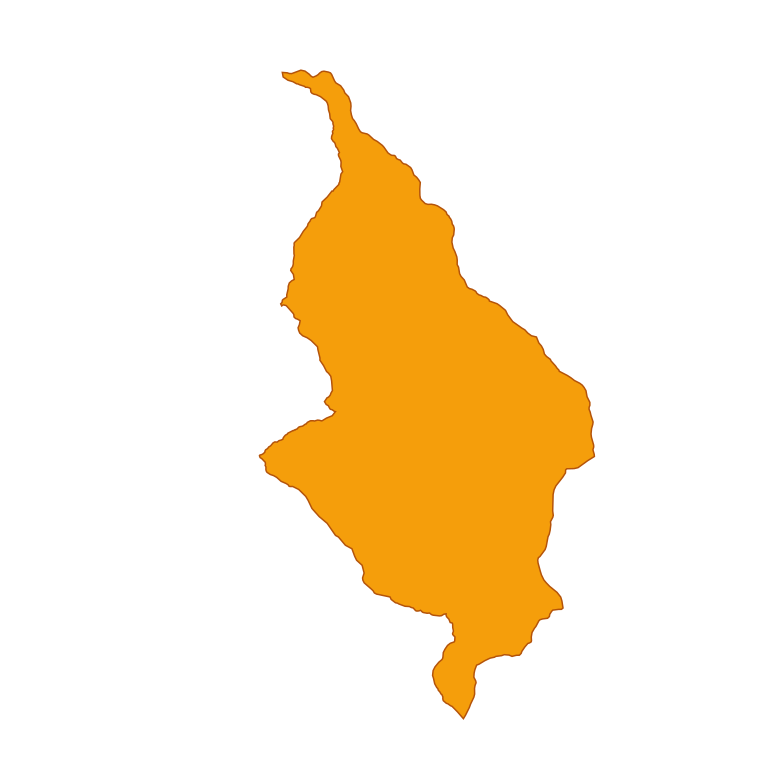 outline of San Andres, Santander, Colombia, rotated 314°
{"feature_id": "7082276B75559195453078", "entity_name": "San Andres", "entity_type": "district", "adm_level": 2, "iso_a3": "COL", "parent_name": "Colombia", "parent_adm1": "Santander", "projection": "albers", "projection_center": [-72.825, 6.82], "detail": "fine", "context": "isolated", "style": "filled", "palette": "amber", "viewbox_px": 768, "rotation_deg": 314, "n_neighbors": 0, "source": "geoboundaries", "source_scale": "gbopen_adm2", "svg_char_len": 6168}
<svg xmlns="http://www.w3.org/2000/svg" viewBox="0 0 768 768"><g transform="rotate(314 384 384)"><path d="M198.4,673.6L202.4,672.7L210.6,670.1L213.7,668.7L221.1,666.2L223.9,664.6L228.0,660.5L230.4,658.9L233.0,657.8L234.1,656.3L235.5,652.3L238.6,649.7L241.5,647.9L246.1,645.9L248.5,647.0L255.0,648.7L260.6,650.8L264.1,653.2L265.8,653.7L270.3,657.3L272.8,658.5L275.9,662.3L277.0,665.3L280.7,667.6L283.0,669.8L285.5,669.8L287.4,668.9L292.5,668.0L297.2,667.7L299.0,668.6L300.8,669.0L301.8,668.4L304.3,665.7L308.1,663.1L312.8,661.9L315.1,661.7L321.3,659.9L322.9,660.0L325.2,661.3L329.1,664.4L331.6,664.5L333.5,663.2L336.9,662.5L338.6,662.5L343.1,666.1L345.2,668.2L347.2,668.4L351.5,662.7L353.5,659.1L354.3,653.2L353.5,643.7L353.7,638.7L354.1,635.1L356.0,629.9L358.0,626.3L362.3,619.1L364.2,616.8L366.3,615.7L368.3,616.0L376.8,614.9L379.9,613.5L388.0,608.1L390.7,607.2L394.2,605.1L398.7,601.7L400.6,599.4L405.4,598.0L407.1,597.0L409.9,593.5L422.0,582.4L426.1,579.8L430.2,578.4L441.1,577.3L446.1,576.3L448.4,574.3L449.9,574.3L455.2,579.5L458.6,581.7L470.4,583.8L478.0,585.7L479.4,584.1L481.8,580.0L484.4,578.6L485.7,577.2L489.8,570.2L491.9,567.6L496.1,564.3L500.0,562.2L501.9,560.8L505.4,554.3L507.0,551.9L508.3,549.0L509.8,547.7L511.7,546.9L513.8,544.8L515.9,538.9L519.5,533.9L520.5,530.3L520.9,527.4L520.5,524.2L518.8,518.6L518.3,514.0L517.5,510.0L514.9,501.3L515.5,500.1L515.6,497.4L516.1,495.1L516.6,488.2L517.3,486.5L516.7,481.8L517.0,478.6L519.5,474.5L520.7,470.9L521.1,466.8L523.7,461.0L521.1,456.5L520.5,451.9L520.8,447.7L520.0,444.4L518.3,433.3L519.7,424.9L521.4,420.2L520.8,412.6L520.3,409.6L516.9,402.2L517.6,400.9L517.5,398.9L517.1,396.9L515.8,395.0L515.0,392.1L514.1,390.5L513.7,387.8L514.2,386.4L514.3,385.0L513.3,381.5L512.0,379.2L511.6,376.5L514.6,369.5L514.9,364.7L515.9,361.7L519.8,356.5L520.7,353.7L524.0,350.6L526.0,348.1L528.4,343.2L529.9,339.2L533.2,334.3L536.7,331.5L539.6,330.6L543.9,327.2L544.9,326.1L546.0,324.2L546.4,322.1L548.2,319.6L549.1,317.1L549.3,315.3L549.9,314.1L549.7,311.6L550.9,309.1L550.8,306.0L549.3,298.8L548.1,296.1L546.3,293.3L543.7,290.8L542.4,288.3L542.4,283.4L542.8,281.2L544.6,278.8L549.1,274.3L554.2,270.1L555.0,266.9L555.4,263.8L555.1,260.3L557.5,255.4L558.2,252.8L557.4,247.3L556.0,245.1L555.8,243.4L556.3,240.2L555.3,238.0L554.9,236.4L555.8,233.9L555.6,232.7L553.8,230.6L553.3,228.5L553.0,226.2L554.3,219.6L554.5,217.1L553.8,210.6L552.7,206.6L552.6,200.4L552.2,198.3L549.5,193.7L549.1,191.8L549.8,188.8L552.0,183.0L552.8,179.7L553.1,177.0L554.9,173.7L557.5,170.0L560.9,167.3L563.1,164.8L566.0,158.9L566.2,153.6L567.5,150.8L568.4,145.6L567.2,140.4L567.6,138.1L570.3,131.3L570.6,129.4L569.8,127.4L567.3,123.5L565.5,122.2L562.9,121.7L560.8,121.7L558.6,121.2L555.3,119.8L554.8,117.7L554.9,114.9L554.2,109.8L552.0,106.2L543.2,102.0L541.5,100.1L540.7,98.3L537.5,94.4L534.8,98.2L535.8,103.9L538.2,108.5L539.2,112.5L540.1,113.8L540.6,115.4L542.9,120.1L542.9,121.4L544.1,122.6L545.2,124.6L545.4,125.9L543.3,128.5L543.1,130.3L543.9,132.5L545.0,134.1L546.6,138.7L547.3,145.9L546.8,147.9L545.3,150.6L542.6,153.7L540.8,157.0L537.5,161.0L537.2,164.3L536.7,165.7L535.7,166.5L534.5,168.7L532.7,169.8L532.4,170.7L531.3,171.2L530.2,171.3L529.5,171.8L528.9,173.0L525.8,174.3L524.0,175.8L523.2,179.1L523.4,180.4L523.0,181.8L521.3,184.6L521.2,186.6L519.5,191.2L517.7,191.5L516.6,192.8L514.8,197.6L513.7,199.1L510.5,201.9L508.0,206.8L505.1,207.2L498.5,211.8L497.2,212.1L496.1,212.9L489.4,212.9L487.2,213.3L486.6,212.5L479.1,213.3L471.9,213.0L468.7,215.3L463.2,216.5L460.7,216.3L456.7,218.4L455.5,218.6L452.8,217.1L451.3,217.1L449.7,217.7L446.7,218.0L444.2,219.3L437.7,219.9L430.7,221.5L423.4,221.3L422.4,221.9L421.5,223.0L419.8,224.1L415.0,228.9L414.3,230.1L409.5,233.3L407.3,235.4L405.4,236.5L403.8,237.0L402.5,237.0L400.9,238.0L399.9,242.7L396.8,246.8L394.0,245.9L390.9,245.7L387.8,247.2L385.8,249.0L380.6,252.1L379.0,253.7L374.9,252.7L373.7,252.7L371.8,254.0L369.9,254.0L369.1,256.2L370.4,256.4L371.1,256.8L372.5,259.2L371.7,269.5L371.3,270.9L369.7,272.7L369.7,274.9L370.5,276.6L371.3,279.7L367.9,281.9L364.8,283.1L363.4,285.1L362.1,288.0L362.2,292.0L363.9,296.6L364.7,301.4L364.6,310.3L362.8,312.6L358.2,319.9L356.6,321.4L355.2,327.9L353.1,334.0L353.2,336.7L352.6,340.3L349.9,344.1L343.4,351.5L340.8,352.1L338.5,353.1L335.9,353.2L334.6,352.6L330.0,353.4L329.1,356.6L329.7,359.0L328.6,362.3L328.7,363.3L329.5,364.6L329.9,367.7L330.3,368.2L325.2,368.8L319.5,366.3L314.8,365.1L314.1,364.7L313.0,362.7L311.9,361.3L309.1,359.7L308.4,358.6L306.4,356.6L303.1,355.5L301.3,355.8L300.6,355.3L297.1,354.7L295.0,353.2L293.6,352.6L291.1,352.7L290.4,352.2L289.4,352.1L288.8,351.5L287.8,351.4L287.3,350.9L281.9,349.0L280.6,349.2L278.7,348.6L276.7,348.7L275.1,349.0L274.1,349.6L272.5,349.1L270.3,347.8L268.0,347.5L266.5,345.7L264.6,345.1L260.7,345.4L258.6,344.8L256.7,345.1L254.5,344.6L253.7,344.7L251.9,345.7L249.2,345.4L247.8,344.8L246.8,344.1L245.9,344.2L245.0,346.0L245.4,347.9L245.2,353.0L243.9,354.5L242.9,355.0L242.3,356.7L240.2,358.7L239.4,360.2L239.2,361.3L239.9,365.0L241.4,368.2L242.3,371.7L242.5,377.6L244.4,382.7L244.9,385.0L244.5,386.6L244.9,387.5L246.9,389.6L248.9,395.9L248.8,405.8L247.6,410.2L244.4,418.7L243.6,429.6L244.3,439.9L241.4,454.3L242.3,457.5L241.2,468.2L243.2,475.4L239.7,482.6L238.2,486.7L238.4,494.2L234.2,501.0L229.6,503.3L228.2,505.1L227.2,507.9L227.7,517.8L227.7,519.8L227.0,522.2L227.7,524.6L235.0,536.3L234.0,538.8L234.6,544.2L235.8,546.1L236.0,547.3L238.7,553.5L241.6,556.9L242.1,558.7L243.2,560.7L242.9,564.2L243.5,565.4L245.0,566.7L246.6,567.5L246.6,570.1L246.9,571.0L249.0,574.2L250.9,575.9L251.1,578.3L251.8,579.9L255.8,585.1L257.3,586.3L260.0,587.0L261.8,588.3L261.1,588.9L260.1,590.6L259.9,594.1L258.4,597.3L259.4,598.9L259.1,600.0L256.5,602.7L254.5,605.6L252.1,606.7L251.5,607.6L251.3,610.8L248.2,613.4L247.1,613.6L243.6,611.8L240.1,611.3L235.5,612.1L232.0,613.2L228.5,616.1L227.1,616.9L225.9,617.1L222.0,616.7L215.9,617.2L212.0,618.4L208.1,621.4L206.7,624.0L203.6,628.7L202.3,632.8L202.3,634.2L201.4,635.9L201.3,638.0L200.6,640.5L200.8,641.3L199.8,643.7L198.3,645.1L197.4,646.6L197.6,650.6L198.3,652.0L198.8,655.4L199.4,656.9L199.2,664.6L198.4,673.6Z" fill="#f59e0b" stroke="#b45309" stroke-width="1.5"/></g></svg>